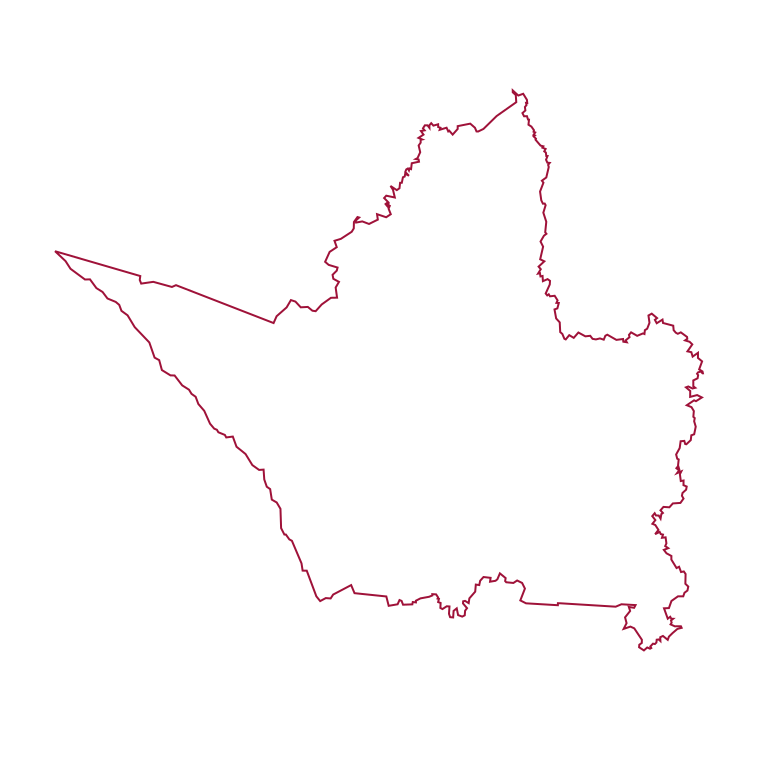 Ozuluama de Mascareñas, Veracruz, Mexico (Robinson projection), rotated 176°
{"feature_id": "50627088B92506226945560", "entity_name": "Ozuluama de Mascareñas", "entity_type": "district", "adm_level": 2, "iso_a3": "MEX", "parent_name": "Mexico", "parent_adm1": "Veracruz", "projection": "robinson", "projection_center": [-97.902, 21.699], "detail": "fine", "context": "isolated", "style": "outline", "palette": "rose", "viewbox_px": 768, "rotation_deg": 176, "n_neighbors": 0, "source": "geoboundaries", "source_scale": "gbopen_adm2", "svg_char_len": 6086}
<svg xmlns="http://www.w3.org/2000/svg" viewBox="0 0 768 768"><g transform="rotate(176 384 384)"><path d="M252.9,643.5L267.0,631.5L272.5,629.3L274.1,629.5L275.4,633.3L279.8,637.7L292.5,636.1L292.7,633.3L298.1,628.0L301.3,632.2L302.3,631.5L303.7,635.3L310.7,633.7L309.8,635.7L312.0,636.5L311.9,639.3L316.7,638.3L318.7,640.9L320.7,638.9L320.8,636.3L322.6,639.0L325.2,639.2L327.3,636.3L325.8,634.2L329.5,633.8L327.2,630.0L332.4,627.1L328.9,625.3L330.4,625.1L330.6,622.2L332.8,619.5L331.7,612.7L334.8,607.0L336.6,606.2L333.8,605.5L333.6,603.3L340.9,602.3L342.0,596.5L343.4,597.2L344.2,595.2L345.2,597.3L346.8,596.5L348.0,594.0L344.6,590.0L348.2,592.2L348.9,589.5L350.7,588.9L352.2,583.5L353.9,583.6L354.9,578.2L357.7,576.5L363.7,581.1L361.5,577.2L360.2,569.3L368.6,571.7L370.9,569.5L366.7,564.6L367.1,562.7L368.7,564.2L369.9,563.4L368.1,560.9L367.1,562.1L365.8,561.3L367.2,558.6L365.4,552.9L370.2,550.2L379.1,553.9L378.7,548.4L387.8,544.7L394.3,547.7L400.6,547.0L400.9,548.9L397.2,551.8L398.8,552.4L402.7,547.7L403.3,541.3L405.6,538.1L416.9,531.8L423.4,530.3L421.6,523.8L429.0,519.6L434.2,510.0L430.9,506.7L422.2,503.4L423.2,500.4L427.7,496.5L427.2,492.5L421.8,489.0L425.5,483.6L424.8,473.4L430.9,473.7L440.6,467.7L447.1,461.4L450.3,462.1L454.6,466.2L461.7,466.3L466.6,472.4L471.0,474.2L475.8,467.2L486.4,459.1L489.9,452.5L584.6,497.1L588.8,495.6L607.0,502.0L619.2,501.1L620.4,504.8L619.6,508.7L702.9,539.4L693.1,528.8L688.7,520.8L675.0,509.1L670.0,508.9L664.2,499.7L658.3,495.4L653.9,488.6L645.9,484.6L642.6,481.4L640.8,475.3L635.0,470.4L628.7,458.1L615.2,441.8L611.0,426.3L606.6,423.5L604.6,413.4L596.4,407.5L592.3,407.1L585.4,396.7L578.9,391.9L576.7,387.6L572.8,384.4L570.6,377.0L565.2,369.8L560.3,356.5L556.5,351.3L553.9,350.0L552.6,347.4L546.3,344.3L545.1,341.7L538.5,342.1L535.5,331.7L527.0,323.8L521.0,312.3L514.6,307.0L510.1,307.0L510.1,297.1L508.1,289.7L504.9,287.1L504.0,276.5L499.3,273.3L496.0,266.7L496.7,247.4L493.9,240.8L492.4,240.7L489.3,235.6L486.8,234.0L478.8,210.8L478.2,203.5L474.1,203.2L466.3,176.9L462.8,171.9L457.0,174.5L452.2,173.8L449.4,177.5L430.8,185.7L428.0,177.4L396.5,171.9L394.8,162.4L385.8,163.3L383.6,167.4L381.6,166.4L380.4,162.5L371.1,162.2L370.5,164.5L367.4,163.9L367.3,165.6L362.6,167.6L353.8,168.6L350.5,169.7L350.5,171.0L346.7,170.5L344.9,167.3L345.5,166.2L344.2,165.8L345.2,162.7L342.8,161.6L343.4,156.7L341.4,155.4L336.9,157.9L334.2,157.5L335.2,150.2L334.3,146.8L331.3,146.3L330.4,152.8L327.1,155.1L326.2,148.3L322.2,146.5L319.6,147.6L318.9,152.2L316.8,154.6L320.5,159.6L320.2,161.7L318.3,162.0L314.8,159.5L313.8,164.2L307.5,170.5L306.4,177.5L303.0,176.8L301.8,181.0L298.2,184.5L291.2,183.2L292.0,179.4L286.5,179.9L284.5,181.3L281.6,187.0L276.2,181.9L276.9,179.0L275.9,177.7L268.8,176.5L264.9,178.7L260.1,175.9L257.7,170.1L263.1,158.6L257.6,155.3L226.0,151.2L225.8,153.2L223.0,152.9L168.4,145.7L162.5,147.7L148.5,145.9L150.1,143.3L155.3,144.5L154.3,140.4L159.8,134.4L158.7,128.5L162.0,123.0L155.1,124.8L151.4,122.8L144.6,110.9L144.9,107.7L147.5,106.1L147.9,103.6L143.3,100.1L139.8,102.8L137.1,101.4L135.8,102.0L136.6,103.6L133.8,106.2L131.9,105.7L130.3,107.1L129.8,109.9L127.8,110.0L126.2,108.3L126.1,112.1L123.3,113.2L118.8,109.0L117.4,112.1L113.4,115.5L108.4,119.2L104.1,120.0L104.7,121.6L110.8,122.0L114.9,124.2L113.7,125.9L114.2,128.0L112.0,129.6L113.8,129.8L114.7,131.8L117.3,130.1L120.3,140.7L115.4,140.6L112.4,147.5L105.5,151.7L100.3,151.3L98.8,154.8L95.7,156.8L94.6,160.7L97.3,163.7L96.4,173.4L98.0,176.1L100.8,175.7L102.4,181.1L105.0,180.0L109.6,188.8L109.3,192.4L114.0,195.4L116.4,199.0L111.9,200.4L114.8,202.7L113.4,205.3L113.8,211.4L117.4,211.2L116.2,214.3L118.4,215.0L119.3,217.2L124.0,215.3L120.4,219.3L123.2,224.4L126.0,225.8L122.8,229.3L125.6,233.5L123.0,236.2L121.9,233.9L119.1,233.6L117.5,230.4L116.4,234.9L114.8,235.9L117.0,238.7L113.8,241.9L107.9,241.1L104.2,244.7L96.6,244.7L93.2,248.8L94.6,251.7L93.8,254.5L90.0,257.5L89.2,260.6L92.3,262.2L91.9,266.8L94.7,266.5L95.1,273.4L93.5,276.1L97.9,274.6L95.3,277.6L95.8,279.9L96.9,278.4L98.2,279.6L96.5,281.4L95.3,288.2L96.7,289.0L97.5,293.3L93.5,299.5L92.1,306.2L88.4,306.3L87.7,303.1L86.6,302.8L81.9,306.6L81.0,311.4L78.1,312.2L76.0,319.7L77.2,325.2L76.4,328.3L77.7,329.7L76.8,335.4L78.9,339.5L83.4,341.7L75.8,346.1L74.0,345.1L67.8,348.4L72.4,351.1L79.5,349.8L79.0,355.7L83.0,359.6L80.6,360.3L76.6,358.0L73.8,358.5L75.6,360.1L75.2,366.0L70.8,367.8L70.0,370.9L71.0,372.4L69.9,373.7L66.5,374.5L66.4,373.6L65.9,372.9L65.4,372.4L65.1,372.4L65.4,374.3L68.6,376.6L65.1,384.4L69.0,388.1L68.6,393.2L74.2,389.8L75.2,394.3L79.0,395.4L73.7,402.0L76.2,404.8L80.6,406.5L78.3,407.9L78.4,409.8L84.3,414.8L87.4,413.6L89.3,414.8L91.3,417.5L91.4,422.0L101.4,425.4L101.7,428.8L107.7,425.6L109.3,429.1L107.0,430.7L112.0,435.5L115.4,433.9L114.9,426.5L117.6,420.8L120.0,419.5L120.7,415.7L122.1,416.4L128.1,414.4L133.9,418.3L136.2,415.9L135.8,413.6L139.9,410.7L138.9,408.7L142.3,409.5L142.4,412.2L149.1,411.8L157.8,417.6L159.8,416.7L161.7,412.9L165.4,414.4L169.5,413.7L172.8,414.5L174.9,417.7L179.8,417.5L186.5,421.8L191.5,416.8L195.8,419.8L199.6,415.8L200.9,416.5L202.6,421.5L204.6,423.5L204.4,433.2L207.7,437.4L208.7,446.5L205.8,447.3L204.0,452.6L206.3,452.9L205.0,455.3L207.6,460.1L212.3,459.9L213.4,462.0L215.0,461.0L216.4,463.0L211.7,471.7L211.2,475.3L213.5,477.2L218.3,475.5L218.3,480.7L220.4,480.4L220.7,483.7L222.6,483.4L219.6,487.6L221.6,490.3L215.5,495.2L219.5,497.5L215.7,509.9L217.9,515.2L214.1,520.8L211.5,522.5L212.6,524.1L210.8,534.5L213.1,543.8L210.3,551.1L211.1,552.8L212.9,552.8L214.3,556.3L214.9,565.1L210.9,573.7L212.3,575.8L207.7,578.7L204.5,589.0L205.0,591.1L203.3,593.0L205.6,593.4L206.7,596.4L205.0,600.0L206.2,600.1L206.4,603.6L207.9,604.9L206.4,607.2L209.5,608.7L208.5,610.0L211.2,610.9L215.8,617.1L215.3,618.1L217.4,620.5L216.2,621.4L217.5,622.0L215.6,624.4L217.2,625.2L216.7,626.7L219.0,630.5L221.8,632.6L220.9,637.6L221.9,637.8L222.7,641.2L225.6,641.3L227.0,644.6L223.9,647.0L224.1,650.5L222.4,652.3L222.7,654.5L221.5,654.3L221.6,657.5L224.9,663.8L229.9,662.4L235.1,667.9L235.2,666.0L232.4,663.1L232.4,655.9L252.9,643.5Z" fill="none" stroke="#9f1239" stroke-width="2"/></g></svg>